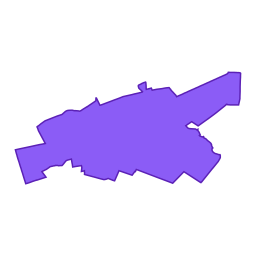 Dascalu, Ilfov, Romania (Natural Earth projection)
{"feature_id": "2599482B8642066651605", "entity_name": "Dascalu", "entity_type": "district", "adm_level": 2, "iso_a3": "ROU", "parent_name": "Romania", "parent_adm1": "Ilfov", "projection": "natural_earth1", "projection_center": [26.247, 44.602], "detail": "fine", "context": "isolated", "style": "filled", "palette": "violet", "viewbox_px": 256, "rotation_deg": 0, "n_neighbors": 0, "source": "geoboundaries", "source_scale": "gbopen_adm2", "svg_char_len": 5488}
<svg xmlns="http://www.w3.org/2000/svg" viewBox="0 0 256 256"><path d="M228.3,72.3L228.0,73.0L227.7,73.4L227.3,73.7L226.9,74.0L226.6,74.2L226.3,74.3L226.0,74.5L225.4,74.7L224.9,75.0L224.5,75.2L223.9,75.4L223.2,75.7L222.6,76.0L221.7,76.4L221.4,76.6L220.9,76.8L220.3,77.0L219.2,77.5L218.5,77.9L217.6,78.2L216.8,78.6L216.2,78.9L215.8,79.1L215.1,79.4L214.3,79.7L213.7,80.0L213.2,80.2L212.7,80.5L211.9,80.8L211.5,81.0L211.2,81.1L210.5,81.4L210.1,81.6L209.8,81.8L209.4,82.0L208.9,82.2L208.4,82.4L207.5,82.8L207.1,83.0L206.7,83.1L206.3,83.4L205.2,83.8L204.9,84.0L204.4,84.2L203.8,84.5L203.1,84.8L202.5,85.1L202.1,85.2L201.5,85.5L200.1,86.1L198.3,87.0L197.4,87.4L195.9,88.0L194.9,88.5L193.8,89.0L192.1,89.7L190.6,90.4L189.7,90.8L188.3,91.4L186.5,92.3L184.7,93.0L183.5,93.6L182.1,94.3L179.5,95.4L178.1,96.0L177.4,96.3L176.7,96.7L176.0,95.6L175.9,95.3L175.7,95.1L175.1,94.5L174.6,94.0L173.6,92.9L173.4,92.7L172.6,91.8L172.3,91.5L171.8,91.0L171.5,90.7L170.9,90.0L170.8,89.7L170.7,89.4L170.4,89.2L170.2,89.0L169.1,87.6L168.7,87.6L168.1,87.7L167.8,87.7L167.2,87.8L166.9,87.8L166.0,87.9L164.7,88.1L163.1,88.4L162.2,88.6L159.8,88.9L158.2,89.1L156.6,89.3L155.1,89.6L153.5,89.9L152.2,90.2L151.3,88.1L146.3,89.4L146.2,88.6L146.1,87.1L146.1,85.9L145.9,83.3L145.8,82.5L145.6,82.1L144.9,82.3L143.9,82.6L142.7,83.1L141.8,83.5L140.8,84.1L139.7,84.6L139.0,84.9L138.6,85.2L138.4,85.4L138.3,85.6L138.3,86.1L138.4,86.8L138.6,87.4L138.9,88.3L139.3,88.7L140.6,89.9L141.1,90.2L141.8,91.0L142.4,91.6L142.5,91.7L142.3,92.0L141.7,92.2L139.8,92.7L138.3,93.1L134.2,94.0L132.0,94.6L123.6,96.5L123.1,96.6L119.9,97.9L116.2,99.3L115.0,99.7L114.3,100.0L113.4,100.3L112.9,100.5L111.9,100.9L107.1,102.7L106.3,103.0L101.5,104.8L100.6,105.1L99.9,105.2L96.5,98.2L96.4,98.0L96.0,98.0L95.9,99.0L95.9,100.4L95.8,100.8L94.3,101.9L89.7,105.0L88.1,106.1L87.4,106.6L87.0,106.9L86.9,106.8L85.0,108.0L83.7,108.8L82.1,109.8L81.2,110.5L80.3,110.9L79.4,111.2L78.8,111.0L78.4,110.9L77.2,110.8L75.8,110.7L74.4,110.7L73.8,110.6L72.8,110.3L71.9,110.2L69.0,110.3L68.8,110.3L68.3,110.4L67.4,110.5L66.4,110.9L65.6,111.3L65.0,111.8L62.3,114.2L61.9,114.5L57.3,116.0L45.1,120.8L40.9,123.8L39.0,125.4L38.5,125.8L38.2,125.9L37.7,126.3L37.2,126.6L37.0,126.9L37.7,128.4L38.1,129.6L38.4,130.6L38.6,131.0L45.3,143.5L41.4,144.3L40.0,144.5L35.3,145.5L30.8,146.5L18.5,149.1L15.4,149.8L15.5,150.2L15.8,151.3L16.2,152.8L16.5,153.9L16.8,154.8L17.1,155.8L17.1,156.0L17.2,156.4L17.5,157.4L18.0,159.0L19.3,162.9L19.7,164.4L20.0,165.3L20.4,166.6L20.7,167.5L21.2,168.9L21.3,169.2L21.3,169.5L22.1,172.0L22.4,172.8L22.8,174.2L23.0,174.8L23.1,175.2L24.3,179.1L24.4,179.4L24.8,180.7L25.3,182.1L25.3,182.3L25.4,182.6L25.6,183.1L25.7,183.7L25.8,183.7L27.9,183.1L30.8,182.1L32.9,181.3L36.9,180.0L37.0,180.1L46.0,177.2L44.7,175.4L43.8,174.2L42.6,172.6L41.9,171.7L42.1,171.5L42.4,171.3L42.9,171.1L43.5,170.8L44.7,170.2L45.4,169.8L46.5,169.3L47.6,168.5L48.2,168.1L49.6,167.1L50.0,166.7L50.5,166.6L51.0,166.5L51.6,166.3L51.8,166.3L52.8,166.1L53.5,165.9L54.2,165.7L54.3,165.8L54.9,165.7L55.5,165.5L55.8,165.5L55.8,165.4L56.4,165.4L57.1,165.4L57.4,165.4L57.7,165.5L58.2,165.7L58.9,165.7L59.1,165.7L59.3,165.7L59.9,165.6L61.4,165.6L62.1,165.5L62.3,165.3L63.3,164.2L64.4,162.8L65.7,161.2L66.3,160.6L67.5,160.1L71.4,159.1L72.1,163.4L72.2,163.5L72.7,167.0L75.5,166.5L76.8,166.3L77.6,166.2L78.1,166.1L79.0,166.0L79.9,165.8L80.4,165.8L81.4,165.6L81.8,167.2L81.8,168.0L81.4,171.5L81.9,171.4L82.4,171.2L83.2,171.1L84.2,170.9L84.4,170.8L84.6,173.8L84.5,174.4L84.7,174.5L92.9,176.7L94.1,177.0L95.9,177.5L100.2,178.7L103.8,179.6L104.2,179.6L104.8,179.5L105.4,179.4L106.5,179.1L107.1,178.9L107.6,178.6L107.8,178.6L108.1,178.5L108.3,178.5L109.1,178.8L110.3,179.3L111.6,179.8L112.2,180.0L112.5,180.2L112.9,180.3L113.8,180.6L114.6,180.8L117.3,174.7L118.7,171.4L119.0,170.7L132.1,175.2L133.1,173.9L134.9,171.4L135.4,171.6L136.3,169.5L136.5,169.6L138.4,170.2L139.4,170.6L156.5,177.1L162.9,179.5L172.7,183.2L183.9,171.7L184.2,171.9L188.3,174.5L194.3,178.4L200.6,182.5L200.9,182.6L201.2,182.1L201.6,182.0L207.0,175.3L211.8,169.3L213.1,167.8L218.2,161.5L219.7,158.9L219.8,158.6L220.1,158.1L220.3,157.4L220.3,157.1L220.3,156.4L220.3,156.0L220.3,155.6L220.2,155.1L220.1,154.8L219.9,154.6L219.0,154.7L217.6,154.2L215.6,153.6L215.4,153.6L214.9,153.4L214.7,153.3L213.3,152.3L213.1,152.1L212.5,151.3L212.2,150.8L212.0,149.7L212.1,148.7L212.4,148.1L212.8,147.9L212.2,147.0L211.7,145.9L211.6,145.4L211.4,144.7L211.5,144.6L211.1,143.7L210.7,143.1L209.2,141.8L207.9,140.8L207.2,140.2L206.7,139.6L205.6,138.6L204.9,138.4L204.2,138.1L204.2,137.9L203.4,137.2L203.5,136.8L204.1,136.3L203.1,136.7L202.8,136.9L202.5,136.9L201.7,136.7L200.0,136.1L199.7,135.8L199.4,135.4L200.2,134.8L199.8,133.9L199.6,133.7L199.3,132.6L197.7,130.2L197.9,129.3L197.6,129.4L197.5,129.7L197.1,130.0L195.5,129.0L192.2,128.8L190.6,128.7L188.9,128.5L187.7,127.9L185.8,125.7L186.3,125.4L186.7,125.1L187.5,124.5L187.6,124.4L188.4,123.9L188.6,123.8L189.0,123.5L189.9,122.9L190.5,122.5L191.5,121.8L191.7,121.7L192.6,122.3L197.1,125.2L198.1,125.9L208.9,118.2L213.9,114.5L216.4,112.6L218.5,110.9L224.4,106.2L225.6,105.2L226.3,104.4L226.6,104.3L226.6,104.5L226.8,104.6L228.6,104.8L229.4,104.8L229.8,104.9L238.6,104.9L239.9,98.8L239.9,97.2L240.1,91.6L240.1,90.6L240.1,88.2L240.1,87.8L240.1,86.6L240.3,80.5L240.4,78.8L240.5,77.0L240.5,75.7L240.6,73.5L240.6,73.3L240.5,73.1L240.3,73.0L240.0,72.8L239.8,72.8L239.5,72.7L238.5,72.6L237.2,72.6L236.2,72.5L235.7,72.5L233.8,72.4L230.1,72.4L228.3,72.3Z" fill="#8b5cf6" stroke="#5b21b6" stroke-width="1.5"/></svg>